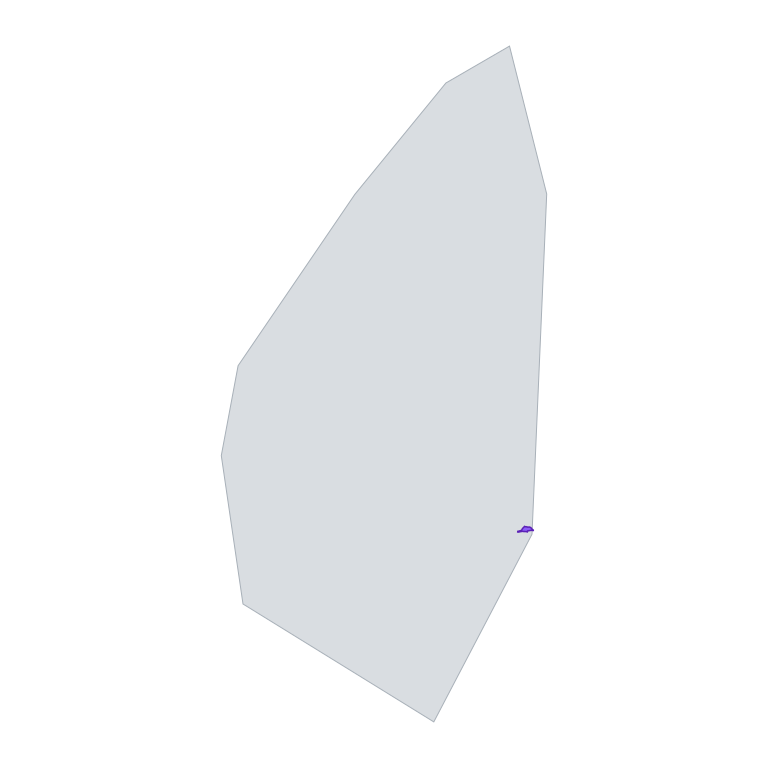 New Village, Micoud, Saint Lucia (highlighted)
{"feature_id": "8701671B10053189367937", "entity_name": "New Village", "entity_type": "district", "adm_level": 2, "iso_a3": "LCA", "parent_name": "Saint Lucia", "parent_adm1": "Micoud", "projection": "orthographic", "projection_center": [-60.897, 13.825], "detail": "fine", "context": "in_parent", "style": "filled", "palette": "violet", "viewbox_px": 768, "rotation_deg": 0, "n_neighbors": 0, "source": "geoboundaries", "source_scale": "gbopen_adm2", "svg_char_len": 1764}
<svg xmlns="http://www.w3.org/2000/svg" viewBox="0 0 768 768"><path d="M532.0,534.2L433.8,721.9L243.0,604.0L221.3,455.6L238.1,365.7L354.9,194.3L445.9,83.0L509.5,46.1L546.7,194.0L532.0,534.2Z" fill="#d9dde1" stroke="#a8b0b8" stroke-width="1"/><path d="M527.3,532.0L527.4,531.9L527.4,531.7L527.3,531.3L527.3,531.2L527.5,531.0L527.6,530.9L527.8,530.9L528.0,530.9L528.3,530.8L528.5,530.8L528.8,530.8L528.9,530.7L529.0,530.7L529.3,530.6L529.5,530.6L529.8,530.6L530.0,530.5L530.3,530.5L530.4,530.4L530.5,530.4L530.8,530.4L531.0,530.4L531.3,530.4L531.5,530.4L531.8,530.4L532.0,530.4L532.4,530.4L532.5,530.4L532.7,530.5L532.8,530.5L533.0,530.6L533.3,530.5L533.3,530.4L533.3,530.2L533.2,530.1L533.1,529.9L532.9,529.7L532.7,529.7L532.4,529.6L532.3,529.4L532.2,529.3L532.1,529.1L531.9,528.9L531.7,528.7L531.5,528.4L531.4,528.3L531.4,528.2L531.2,528.0L531.1,527.9L530.9,527.8L530.8,527.7L530.7,527.6L530.5,527.4L530.4,527.4L530.2,527.4L529.9,527.3L529.8,527.2L529.7,527.1L529.4,527.0L529.2,527.0L528.8,527.1L528.7,527.1L528.3,527.1L528.2,527.1L527.9,527.1L527.7,527.1L527.4,527.1L527.2,527.0L527.1,526.9L526.9,526.9L526.7,526.9L526.4,526.8L526.2,526.7L525.9,526.7L525.7,526.7L525.4,526.7L525.1,526.7L524.9,526.7L524.7,526.5L524.5,526.4L524.2,526.8L523.1,527.9L522.5,528.5L522.4,528.7L521.9,529.6L521.6,530.1L521.3,530.3L520.9,530.5L519.9,530.8L519.0,531.1L518.5,531.2L517.8,531.3L517.7,531.9L517.7,532.0L518.1,532.0L518.6,532.1L520.3,531.7L521.6,531.5L521.7,531.4L521.9,531.4L522.1,531.4L522.3,531.3L522.5,531.3L522.8,531.4L523.1,531.4L523.2,531.5L523.4,531.5L523.6,531.5L523.9,531.5L524.0,531.5L524.3,531.5L524.6,531.6L524.8,531.5L525.0,531.5L525.4,531.6L525.6,531.6L526.0,531.6L526.3,531.6L526.8,531.8L527.3,532.0Z" fill="#8b5cf6" stroke="#5b21b6" stroke-width="1.5"/></svg>